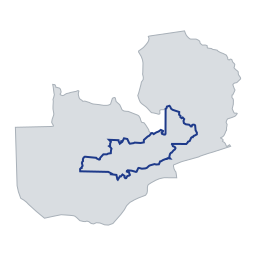 location of Central within Zambia
{"feature_id": "ZMB-516", "entity_name": "Central", "entity_type": "Province", "adm_level": 1, "iso_a3": "ZMB", "parent_name": "Zambia", "parent_adm1": "", "projection": "orthographic", "projection_center": [28.771, -13.872], "detail": "medium", "context": "in_parent", "style": "outline", "palette": "blue", "viewbox_px": 256, "rotation_deg": 0, "n_neighbors": 0, "source": "natural_earth", "source_scale": "10m", "svg_char_len": 5376}
<svg xmlns="http://www.w3.org/2000/svg" viewBox="0 0 256 256"><path d="M176.7,177.8L164.0,177.7L159.4,178.7L155.6,180.3L151.1,182.8L148.5,184.5L147.8,185.4L147.4,187.5L147.4,190.8L147.0,193.1L145.6,195.2L138.8,197.8L134.3,199.9L129.9,202.4L126.6,205.7L124.4,209.7L120.7,214.6L112.9,223.5L108.4,225.1L104.6,224.8L100.0,223.0L96.3,222.7L93.7,223.9L91.2,223.5L88.9,221.7L86.9,221.1L85.4,221.6L83.4,221.5L79.8,220.6L76.6,217.5L74.9,216.2L73.5,215.7L69.8,215.3L61.2,214.7L52.3,216.5L44.5,218.2L36.3,211.4L28.4,204.2L26.7,202.4L23.7,200.0L21.6,198.8L20.7,198.2L18.4,191.7L17.1,185.7L15.4,127.3L51.1,126.5L53.3,126.2L53.4,125.5L51.7,122.5L51.8,121.4L52.2,119.2L53.7,115.0L53.8,113.6L53.0,109.0L53.0,106.4L53.3,101.2L53.0,99.5L53.8,97.1L54.1,95.6L54.4,94.9L54.0,93.1L53.2,87.0L52.7,84.4L54.9,84.7L55.6,86.0L56.0,87.4L57.0,87.4L59.6,88.2L60.5,89.3L61.1,91.8L60.8,93.1L60.0,94.1L60.8,95.0L62.5,95.6L63.5,95.4L66.4,93.6L69.1,93.0L70.4,92.5L76.3,91.3L77.5,90.7L78.4,90.7L78.9,91.1L78.4,92.9L78.3,94.5L79.0,97.4L79.6,98.7L80.9,99.7L81.8,100.2L82.8,101.3L84.9,101.1L89.4,102.5L90.8,103.2L92.7,103.9L94.1,104.1L98.8,104.6L103.8,105.4L106.3,105.4L108.2,105.2L109.4,104.7L110.2,104.3L110.6,103.9L112.4,98.3L113.4,97.8L114.6,97.5L115.3,98.0L116.1,101.5L119.7,104.7L121.0,107.4L121.9,109.6L122.7,110.3L124.0,111.0L126.2,111.3L128.2,111.4L137.8,115.2L138.9,116.0L140.1,118.0L140.8,120.4L141.5,122.2L142.8,122.6L143.9,122.7L145.0,124.0L145.8,125.1L148.7,129.7L149.1,131.5L150.5,132.8L152.3,133.3L154.1,133.3L155.1,132.8L157.5,131.9L159.4,130.8L160.8,130.4L161.7,130.6L162.3,131.4L162.7,133.7L164.1,134.5L165.1,134.2L165.5,133.3L165.5,132.8L165.6,108.8L164.7,109.0L163.6,109.7L161.0,109.7L160.0,110.2L159.7,111.0L159.9,112.0L159.9,113.4L159.6,114.0L158.4,114.2L156.8,113.7L153.9,113.0L151.4,112.6L149.7,110.8L147.3,108.1L145.8,106.7L142.0,103.9L141.3,103.3L140.2,102.0L139.2,99.8L138.3,97.2L137.8,95.5L138.7,93.0L140.9,84.7L141.4,82.1L143.2,79.5L143.3,77.1L142.6,74.1L142.8,72.4L143.0,62.9L142.5,59.9L141.3,56.6L138.6,52.0L138.6,51.0L142.8,48.0L144.0,46.9L146.2,44.4L147.7,42.4L148.6,40.7L149.0,38.5L148.3,36.4L149.7,36.0L184.5,30.9L185.0,32.3L186.0,34.7L187.2,36.4L188.7,37.9L190.0,38.9L190.8,39.1L196.1,39.1L198.1,40.0L199.7,41.2L200.1,43.1L201.2,44.2L202.4,45.1L202.9,45.2L203.8,45.0L205.2,45.0L206.5,45.4L207.2,45.8L207.2,47.4L207.6,48.0L209.4,48.3L211.3,48.5L213.0,49.5L214.9,49.7L217.2,50.2L218.2,51.3L220.5,52.5L223.4,53.6L226.6,55.3L226.6,55.8L227.2,56.8L227.7,57.5L227.7,58.6L228.0,59.6L228.8,59.8L229.5,59.9L230.1,59.2L231.0,59.2L231.9,59.7L232.2,60.8L232.9,62.3L234.1,63.4L234.8,64.4L234.5,66.2L234.0,67.8L235.6,69.5L237.6,71.1L238.2,71.8L238.3,74.1L238.6,74.9L240.0,76.9L240.6,78.1L240.6,78.9L236.8,82.6L234.4,83.1L233.4,83.9L232.8,84.7L234.2,88.5L235.0,90.0L234.3,91.7L232.8,94.8L232.1,95.0L231.9,97.3L232.4,98.2L233.1,98.9L233.4,100.4L233.3,104.3L232.2,108.8L233.9,112.6L234.4,113.1L236.8,113.2L237.2,113.5L236.6,114.6L234.9,116.3L231.9,117.5L227.6,118.9L226.7,120.3L226.1,122.3L226.6,123.5L227.1,124.2L226.9,126.0L226.5,127.8L226.6,129.3L226.4,130.6L225.8,131.2L225.1,133.2L224.1,135.2L223.4,136.1L222.3,137.0L220.6,137.7L220.6,138.1L222.5,139.1L223.0,139.7L223.2,140.1L222.4,141.1L223.2,141.8L224.3,142.3L225.3,143.6L226.4,146.1L226.6,146.4L226.9,146.4L227.6,146.1L228.8,145.2L229.6,144.8L230.6,146.3L212.8,152.1L208.6,153.3L202.3,155.4L200.3,156.1L198.7,156.9L182.1,161.5L179.5,162.5L173.7,164.9L173.5,165.3L173.5,166.4L174.0,168.7L175.0,170.8L175.9,172.0L176.4,175.1L176.7,177.8Z" fill="#d9dde1" stroke="#a8b0b8" stroke-width="1"/><path d="M164.9,134.6L165.5,133.9L165.6,108.9L166.4,108.4L166.9,106.6L169.4,105.8L170.1,106.5L171.1,108.7L172.6,109.8L179.2,112.0L179.1,114.7L180.5,115.9L180.4,117.2L181.7,118.2L182.7,117.5L184.2,119.1L183.5,120.9L183.9,123.1L185.8,124.3L189.1,124.7L191.0,126.5L191.7,126.4L192.2,125.0L192.9,124.7L194.1,124.7L195.1,125.3L195.6,130.3L196.9,132.7L196.8,134.4L194.0,135.9L193.6,135.9L192.8,137.2L192.1,137.1L191.2,137.7L189.7,141.0L188.0,141.7L187.7,142.5L186.3,144.0L171.2,143.9L172.2,144.3L172.9,146.2L174.7,146.9L175.5,148.1L174.9,149.4L173.5,150.4L171.7,152.6L170.9,152.8L170.0,154.0L169.2,157.3L170.2,158.5L167.4,158.2L166.9,159.0L165.7,159.0L162.9,160.1L161.2,161.2L160.1,161.4L158.9,164.3L156.1,164.5L154.5,164.1L150.2,165.3L149.1,165.8L146.8,167.9L145.3,168.4L141.9,168.7L138.8,167.9L138.2,168.2L136.6,171.7L136.0,171.9L131.7,170.7L127.8,170.3L126.9,170.9L126.8,171.6L129.0,172.4L129.9,174.9L129.3,175.5L127.3,176.1L126.2,178.1L125.3,178.2L124.5,177.3L124.6,176.0L122.5,174.5L120.8,176.5L119.9,176.3L117.8,179.8L117.4,179.4L116.4,174.9L111.3,174.3L111.8,173.7L108.3,171.9L80.2,171.3L80.1,169.0L80.9,168.1L81.7,168.0L81.8,167.0L82.6,165.8L81.9,163.0L82.4,161.6L83.0,161.1L82.9,159.2L83.7,157.5L84.9,156.7L96.2,157.8L96.6,158.4L99.1,159.6L99.9,159.3L100.2,157.8L103.4,154.3L106.9,154.3L108.2,153.6L110.8,153.2L111.0,150.3L111.5,148.7L110.2,146.9L109.1,146.1L110.1,145.5L110.1,143.6L110.9,141.8L109.0,139.8L118.5,140.2L118.6,141.2L119.8,143.7L121.1,142.7L121.2,141.2L121.8,141.1L122.4,141.6L124.0,138.3L127.3,139.0L129.1,142.9L129.9,143.7L133.7,143.1L134.6,142.6L140.6,143.0L143.8,142.4L143.9,139.9L147.7,136.5L149.3,135.7L151.4,133.1L152.5,133.1L153.7,134.1L156.1,132.5L158.8,131.4L160.8,129.9L163.0,130.9L162.9,131.6L162.2,131.9L162.2,132.7L161.7,132.9L162.0,133.8L163.7,134.5L164.9,134.6Z" fill="none" stroke="#1e3a8a" stroke-width="2"/></svg>